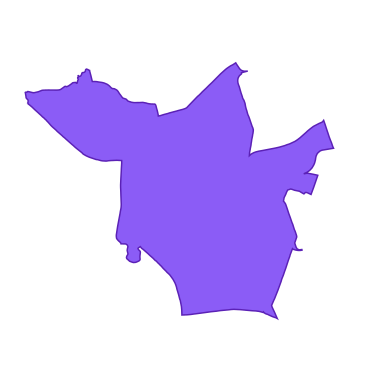 Kota Jakarta Pusat, Jakarta Raya, Indonesia, rotated 80°
{"feature_id": "22746128B21128962092426", "entity_name": "Kota Jakarta Pusat", "entity_type": "district", "adm_level": 2, "iso_a3": "IDN", "parent_name": "Indonesia", "parent_adm1": "Jakarta Raya", "projection": "mercator", "projection_center": [106.829, -6.182], "detail": "fine", "context": "isolated", "style": "filled", "palette": "violet", "viewbox_px": 384, "rotation_deg": 80, "n_neighbors": 0, "source": "geoboundaries", "source_scale": "gbopen_adm2", "svg_char_len": 5914}
<svg xmlns="http://www.w3.org/2000/svg" viewBox="0 0 384 384"><g transform="rotate(80 192 192)"><path d="M54.5,271.7L54.1,272.4L53.2,273.4L52.6,274.7L53.0,275.4L53.4,275.7L54.4,276.0L54.8,276.3L55.1,276.7L55.4,277.4L55.5,278.0L55.4,279.3L55.8,279.7L56.2,280.0L56.6,280.1L57.1,280.4L58.2,281.3L58.5,281.6L58.6,283.1L58.4,283.3L57.7,283.6L57.6,283.8L57.7,284.0L57.9,284.1L58.4,283.9L58.9,283.9L59.3,284.0L59.4,284.3L59.5,284.7L60.0,284.8L60.8,284.6L61.3,284.4L62.6,285.3L63.1,285.5L64.5,286.0L64.9,286.4L64.9,286.8L64.6,287.1L64.0,287.3L63.9,287.6L63.8,287.9L63.7,289.8L63.8,290.8L64.3,291.4L65.9,294.8L66.3,296.0L66.5,297.1L66.4,297.5L66.1,297.9L65.9,298.6L66.1,299.3L66.6,300.2L68.2,303.6L68.3,304.2L68.4,305.1L68.2,307.3L66.6,316.0L66.0,320.0L65.8,322.0L66.6,326.0L66.8,330.3L66.6,331.3L64.5,336.2L64.6,336.6L65.1,337.3L64.8,338.2L65.0,338.9L66.7,338.9L68.8,338.9L70.4,339.0L71.0,338.8L72.7,337.7L72.9,337.6L73.4,337.5L74.0,337.6L75.5,338.0L75.8,338.3L76.0,338.1L76.5,338.0L76.9,338.0L77.8,337.1L80.4,334.9L83.7,332.5L87.4,329.6L88.5,328.8L90.0,327.6L92.3,326.0L92.9,325.3L94.3,324.4L95.5,323.4L96.7,322.7L98.3,321.6L102.1,319.3L103.9,318.0L105.0,317.1L107.4,315.2L108.9,314.2L114.0,310.1L114.9,309.5L116.6,308.0L117.7,307.2L124.5,301.8L125.9,300.6L126.8,300.0L128.5,298.6L134.3,293.5L135.2,293.0L136.0,292.3L138.0,289.9L139.9,287.1L140.5,286.0L143.4,280.7L143.8,279.3L145.3,276.2L145.8,274.7L146.6,271.4L146.7,270.4L146.7,269.0L146.9,266.8L147.7,260.6L148.8,255.8L151.3,256.2L157.1,257.6L158.6,257.9L167.7,260.0L172.7,261.1L175.1,261.5L179.0,262.0L183.8,262.7L191.8,263.8L193.7,264.2L195.5,264.7L198.1,265.7L198.3,265.8L200.7,266.6L212.9,271.2L221.5,274.1L222.1,274.1L222.9,274.3L223.7,274.3L224.8,274.3L225.5,273.9L226.3,273.5L227.8,272.5L228.0,272.2L229.1,271.5L230.4,270.8L230.7,270.9L230.8,270.6L231.0,269.5L231.6,266.5L232.2,265.6L232.8,265.1L233.4,264.8L234.6,264.6L235.0,264.7L236.5,265.4L237.9,265.9L238.6,266.0L241.7,265.8L242.4,266.1L243.9,267.4L245.0,267.9L245.8,267.9L246.3,267.8L249.4,265.4L250.8,263.0L251.3,261.9L251.5,259.8L251.3,258.6L251.0,257.3L250.5,255.8L250.1,255.3L249.5,254.9L249.1,254.8L247.0,254.6L246.0,254.4L242.7,253.4L242.1,253.3L241.3,253.4L239.4,254.7L238.6,255.0L238.2,255.0L237.9,254.8L237.5,254.0L236.8,252.4L238.5,251.5L238.9,251.2L240.0,250.1L245.1,246.0L247.3,244.4L248.5,243.4L250.9,241.5L251.6,241.1L253.2,240.0L253.8,239.2L255.9,237.9L256.9,237.1L259.0,235.7L259.4,235.3L262.1,233.7L265.8,231.1L266.7,230.6L268.6,229.1L270.1,228.1L274.6,225.9L278.4,224.6L280.7,224.1L282.9,223.8L285.0,223.7L290.9,223.0L295.0,222.7L295.9,222.6L296.4,222.4L302.0,222.3L303.1,222.3L306.6,222.6L311.4,223.3L312.1,218.0L312.4,214.4L312.5,210.8L312.6,209.6L312.6,209.4L313.0,199.9L313.2,194.3L313.6,188.7L313.7,184.8L314.4,176.2L314.5,174.0L314.8,171.2L316.3,164.6L317.8,159.2L319.3,153.7L320.2,149.9L321.1,147.0L321.7,145.5L323.2,142.4L322.8,142.3L324.0,141.4L324.6,140.7L325.2,139.7L325.6,138.8L326.6,137.5L328.7,134.4L329.6,132.8L330.4,131.2L330.9,130.6L331.4,130.0L330.2,130.3L325.2,131.5L321.5,132.5L319.2,133.1L317.6,133.3L317.2,133.1L312.3,129.9L311.7,129.4L303.4,124.3L295.4,119.7L293.3,118.7L289.8,116.5L286.1,114.5L285.1,113.9L282.8,112.6L276.4,109.2L272.0,106.7L271.2,106.4L265.3,102.9L265.6,102.7L266.1,102.1L266.6,101.1L267.1,100.1L267.8,98.2L268.1,97.1L268.3,95.9L268.4,94.7L268.3,93.7L267.7,93.8L267.6,96.5L266.2,98.4L264.2,99.1L260.0,99.7L254.4,96.6L254.0,96.7L253.1,96.6L248.8,97.2L247.5,97.5L246.9,97.7L241.3,98.4L239.2,98.9L234.0,99.7L230.2,100.4L224.5,101.2L221.4,101.7L220.2,101.9L218.2,102.7L217.7,103.0L217.0,103.5L213.6,102.3L210.6,100.1L208.9,99.1L206.7,97.5L206.6,96.9L206.2,94.3L206.7,93.1L208.1,90.7L209.9,86.1L211.5,84.3L213.1,82.4L213.3,82.1L212.9,81.4L212.2,80.6L212.2,80.0L212.3,79.5L212.7,78.6L215.1,75.2L208.6,71.4L197.4,65.2L197.2,65.6L195.4,70.0L194.0,73.7L193.5,75.5L193.5,76.3L193.5,78.8L192.5,75.1L191.2,72.4L189.8,70.5L189.1,69.6L186.4,67.3L184.7,66.2L181.9,64.9L180.4,64.4L180.2,64.4L178.1,63.5L176.1,62.1L175.1,60.9L173.9,58.8L173.7,58.3L173.4,56.5L173.5,45.0L171.6,45.5L167.6,46.1L165.4,46.6L162.8,47.1L161.2,47.4L157.5,47.9L156.3,48.1L150.8,48.9L149.2,49.1L144.3,49.9L145.5,51.2L145.9,52.1L146.6,55.1L148.2,60.2L148.5,61.1L150.3,64.6L152.0,67.6L153.0,69.1L157.4,76.3L158.9,79.2L160.0,81.7L161.4,86.9L161.6,87.7L161.9,90.1L162.4,92.6L163.0,98.2L163.2,102.3L163.4,114.5L163.4,119.2L163.6,122.0L164.0,124.4L164.5,125.9L165.0,127.3L166.2,129.2L163.0,128.4L160.4,127.4L159.5,127.1L158.2,126.6L155.9,125.7L154.7,125.4L152.8,124.7L150.6,124.0L147.6,122.8L145.5,122.1L144.9,121.8L142.3,121.0L141.2,120.8L139.3,121.0L137.8,121.4L129.8,122.6L127.6,123.0L125.2,123.6L120.9,124.0L119.9,124.2L117.2,124.4L113.9,124.4L110.9,124.9L110.2,125.1L109.6,125.4L108.3,125.8L106.8,125.9L103.0,126.5L96.2,127.2L95.0,127.5L92.8,127.8L92.3,127.8L90.6,127.7L89.3,127.4L87.8,126.8L86.2,125.6L85.5,124.8L84.3,122.8L83.9,122.6L83.4,122.6L83.1,122.6L82.6,116.1L82.2,119.1L81.8,120.3L81.2,121.5L80.9,122.1L80.0,122.9L78.9,123.7L73.5,126.1L72.4,126.5L73.8,129.8L74.4,131.9L75.2,133.8L76.4,136.4L77.3,138.0L80.6,143.3L87.6,153.2L89.9,156.7L92.3,160.1L95.1,164.4L96.6,166.4L98.3,168.9L98.5,169.4L99.1,170.3L105.8,179.5L108.1,182.6L108.6,184.1L109.0,186.5L109.4,191.6L109.6,193.1L109.8,195.7L110.2,200.3L110.5,202.2L110.8,206.2L111.3,209.8L111.3,211.4L111.3,212.0L111.2,212.0L110.2,211.9L107.4,212.0L105.5,212.1L104.0,212.3L101.2,212.5L100.3,212.6L99.5,212.9L99.1,213.2L99.0,213.3L98.2,217.1L97.7,218.8L97.0,220.6L96.5,221.5L95.2,224.9L94.8,228.1L93.9,233.6L93.1,236.0L91.5,239.0L90.9,239.6L89.4,240.5L89.2,240.7L88.8,241.3L87.9,243.0L87.5,243.7L87.1,244.0L86.3,244.5L83.8,245.7L82.7,246.3L80.0,247.4L79.0,248.0L78.4,248.5L77.6,249.5L76.8,250.6L76.4,252.0L76.3,252.5L75.2,253.6L73.5,254.7L72.3,255.7L71.4,256.6L71.0,257.1L69.4,259.6L68.5,261.6L67.5,264.7L66.7,266.9L66.3,268.6L65.9,271.0L59.5,271.4L54.9,271.8L54.5,271.7Z" fill="#8b5cf6" stroke="#5b21b6" stroke-width="1.5"/></g></svg>